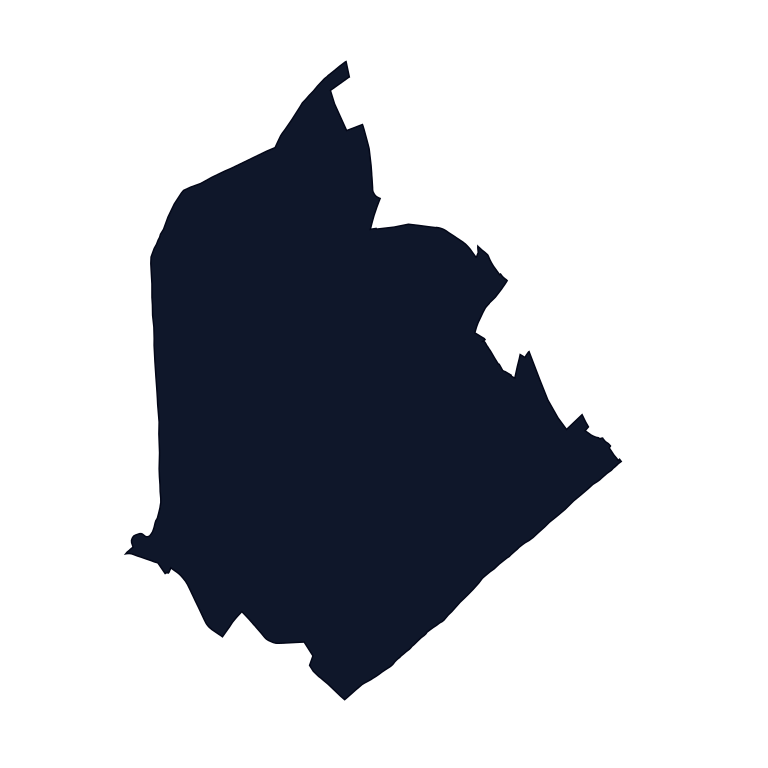 the district of Khan Yunis, Gaza Strip, Palestine, rotated 185°
{"feature_id": "87354302B21422506618890", "entity_name": "Khan Yunis", "entity_type": "district", "adm_level": 2, "iso_a3": "PSE", "parent_name": "Palestine", "parent_adm1": "Gaza Strip", "projection": "robinson", "projection_center": [34.31, 31.33], "detail": "fine", "context": "isolated", "style": "filled", "palette": "ink", "viewbox_px": 768, "rotation_deg": 185, "n_neighbors": 0, "source": "geoboundaries", "source_scale": "gbopen_adm2", "svg_char_len": 6099}
<svg xmlns="http://www.w3.org/2000/svg" viewBox="0 0 768 768"><g transform="rotate(185 384 384)"><path d="M449.9,701.9L450.6,701.5L455.6,697.0L462.1,690.6L466.6,686.4L467.4,685.3L469.9,683.0L476.2,675.0L479.9,669.6L483.6,665.1L486.9,660.5L489.7,657.1L491.8,652.8L498.9,639.2L502.0,633.7L504.6,629.1L507.2,624.9L508.6,622.2L510.6,616.9L513.1,610.0L521.2,605.7L532.1,599.2L555.4,585.3L561.2,582.2L573.5,574.9L584.2,567.7L593.7,563.3L600.5,559.4L602.4,556.7L608.6,545.1L613.7,531.6L617.1,518.9L619.7,513.7L620.3,510.6L621.5,507.8L622.8,503.3L624.7,499.1L625.9,494.7L627.1,490.2L626.8,483.8L625.0,470.9L623.9,463.5L622.7,450.0L621.6,442.7L620.5,432.3L618.2,420.6L616.9,409.1L616.4,402.5L614.1,386.0L611.8,371.1L609.7,358.0L608.5,350.0L607.7,344.1L605.8,332.9L604.7,326.4L603.9,314.6L601.6,296.0L600.6,279.9L599.6,271.9L598.4,264.4L597.6,257.3L596.4,250.5L596.0,246.4L596.2,244.2L596.4,241.0L597.2,235.7L598.1,230.5L599.4,227.9L599.9,225.6L600.5,221.3L601.1,218.7L601.7,216.5L602.8,214.4L604.1,212.3L605.4,211.5L606.8,211.1L608.3,211.3L611.7,213.5L613.0,213.8L614.5,213.6L618.3,211.9L620.0,210.8L620.8,209.6L621.4,208.3L621.9,206.2L621.6,204.0L620.1,200.5L619.8,199.6L622.2,197.3L623.3,196.0L625.2,194.2L626.5,192.3L625.8,192.5L624.7,192.7L623.2,192.9L621.8,192.9L620.6,192.8L620.1,192.7L618.9,192.4L616.5,191.7L614.3,191.1L611.1,190.4L605.7,189.0L602.8,188.3L600.4,187.7L597.7,186.9L596.9,186.7L594.7,186.3L593.6,186.0L586.0,176.7L585.5,176.1L583.6,177.4L582.6,176.8L582.1,177.3L581.8,177.8L581.7,178.0L580.3,182.3L579.9,182.0L576.6,180.0L574.3,178.7L572.1,177.3L570.8,176.3L569.9,175.6L567.5,173.3L565.4,171.1L564.7,170.4L563.5,168.8L563.1,168.2L562.5,167.5L560.8,164.7L558.4,160.7L557.8,159.6L555.2,155.2L553.3,151.9L549.1,144.9L542.6,133.7L540.5,130.3L539.9,129.5L539.4,128.9L537.9,127.3L536.8,126.3L535.6,125.5L534.1,124.4L526.6,120.2L524.7,119.2L522.9,118.1L519.6,123.8L516.7,128.7L514.7,132.5L513.9,133.9L513.4,134.6L511.5,137.4L510.2,139.2L508.9,140.9L507.1,143.2L505.8,144.9L501.8,141.4L497.9,137.9L495.0,135.1L494.3,134.6L493.7,134.0L493.8,133.9L492.3,132.5L492.2,132.6L490.3,130.6L484.8,125.3L481.0,121.4L479.8,120.3L479.4,120.0L478.7,119.5L477.7,119.0L476.8,118.5L472.7,117.1L471.7,116.8L470.5,116.6L469.9,116.5L469.2,116.4L467.9,116.4L466.7,116.5L461.8,117.1L456.1,117.9L448.3,119.0L441.0,120.0L440.9,119.8L431.1,107.0L433.6,97.2L429.4,91.7L423.5,86.9L421.2,85.5L418.9,83.8L414.1,80.5L413.3,79.9L399.7,69.0L396.8,66.9L395.7,66.1L394.6,67.2L388.4,73.7L386.0,76.3L381.9,80.4L379.8,82.6L377.4,84.4L374.6,86.2L371.4,88.3L369.3,90.0L367.5,91.3L366.2,92.3L363.8,94.3L360.8,97.0L357.2,99.9L354.7,101.8L352.8,103.3L350.9,105.3L349.9,106.8L349.2,108.0L347.5,110.1L346.1,111.6L344.6,112.9L343.3,114.6L341.0,116.8L338.7,119.2L335.6,122.0L334.3,123.6L333.3,125.1L331.4,127.0L328.0,131.0L324.8,134.6L322.1,137.0L320.5,138.8L319.5,140.6L316.4,143.4L313.9,145.6L310.6,148.2L307.8,150.8L305.5,152.3L303.8,153.9L299.8,159.6L296.7,163.1L289.3,173.1L284.9,178.1L281.1,182.6L277.4,187.1L272.3,193.9L269.1,199.0L267.2,201.0L262.1,206.1L258.1,209.5L253.6,214.6L246.3,221.5L244.3,223.0L242.7,225.0L239.0,228.9L237.0,230.9L235.1,233.2L232.0,236.1L229.7,238.1L225.7,240.9L223.8,242.6L222.1,244.1L217.7,249.0L211.5,255.6L207.3,260.6L201.0,266.6L192.7,274.9L185.0,284.0L177.5,291.4L171.4,297.6L167.2,302.2L162.5,305.8L160.8,307.3L159.1,309.2L154.1,314.4L149.9,318.0L148.3,320.1L146.5,321.8L143.5,325.2L140.9,327.5L142.8,329.6L144.0,328.3L146.1,330.6L148.5,333.0L149.2,333.8L150.5,335.5L152.9,338.5L154.1,340.0L153.7,340.7L153.1,341.6L153.0,341.8L153.0,342.1L153.2,342.3L153.4,342.4L153.5,342.5L154.7,343.6L155.0,343.9L155.4,344.2L158.1,345.7L158.6,346.0L159.5,347.0L160.7,348.1L161.5,349.2L162.4,349.0L163.0,348.8L163.5,348.6L163.7,348.4L164.0,348.1L164.8,348.5L165.3,349.0L165.5,349.1L166.0,349.2L168.1,349.4L168.8,349.6L171.0,350.3L173.2,351.2L179.6,355.0L178.4,356.6L176.6,359.1L179.8,363.7L184.0,370.7L198.2,354.6L207.7,365.4L219.4,382.4L229.3,402.1L241.9,428.0L242.3,428.9L242.8,428.5L244.9,424.9L245.8,422.7L250.9,425.2L251.4,421.1L252.7,413.0L254.2,401.3L258.4,403.0L258.0,403.8L264.4,406.9L265.3,407.1L265.7,407.2L266.6,407.6L266.9,407.7L268.2,409.6L269.2,411.1L271.0,413.7L271.3,413.8L271.6,413.7L271.8,413.8L272.6,414.8L275.9,419.2L277.8,421.9L280.4,425.6L281.4,426.9L282.3,427.9L283.1,429.0L283.6,429.7L284.3,430.5L285.1,431.4L285.8,432.6L287.0,434.2L287.5,434.7L287.8,434.9L288.2,435.1L288.6,435.2L289.2,435.1L288.9,435.4L287.2,437.0L288.1,438.0L291.6,439.7L298.0,442.9L297.4,445.9L297.0,448.0L296.5,450.1L295.9,452.2L295.6,453.3L295.2,454.4L293.7,458.4L291.7,463.9L290.0,467.9L289.8,468.4L289.2,469.4L288.5,470.4L287.4,471.9L286.2,473.4L286.2,473.8L281.6,479.1L280.6,480.3L279.9,481.4L275.3,488.6L273.9,491.1L272.1,494.2L270.3,497.7L271.3,498.6L271.9,498.9L272.2,499.1L272.6,499.1L272.7,499.4L273.6,500.0L274.1,500.4L274.3,500.5L274.5,500.6L275.1,501.2L275.9,501.9L277.5,503.7L278.3,502.9L285.3,511.0L287.6,514.2L288.1,515.0L289.3,516.9L290.5,519.1L291.1,520.3L292.0,521.7L295.2,524.1L298.0,525.9L300.8,528.1L302.2,529.1L302.5,529.4L302.5,528.7L302.4,527.8L302.1,526.0L301.7,523.9L301.6,523.6L301.6,523.0L301.8,522.4L302.1,521.5L302.8,518.9L302.9,518.6L303.1,518.4L303.4,518.2L308.2,523.8L309.8,525.7L310.7,526.6L312.5,528.3L314.1,529.7L315.2,530.6L316.8,531.6L317.8,532.3L325.2,536.3L325.8,536.7L326.0,536.8L328.4,538.1L332.8,540.4L335.3,541.9L336.3,542.4L338.1,543.2L339.7,543.7L341.4,544.1L343.2,544.4L344.9,544.5L345.5,544.5L345.6,544.3L346.2,544.3L352.3,544.5L363.4,545.0L370.2,545.2L373.6,545.3L382.1,542.8L382.5,542.7L387.5,541.2L405.1,537.6L405.4,538.3L409.1,537.4L410.4,537.0L411.1,536.8L409.9,544.2L408.6,551.2L407.2,556.9L406.5,559.8L404.9,565.5L404.0,568.5L405.3,568.9L406.5,569.4L407.8,570.0L408.6,570.6L409.1,571.0L410.1,572.1L410.7,573.0L411.3,573.9L411.8,574.8L412.1,575.8L412.3,576.8L412.5,578.7L414.0,588.6L414.4,590.8L414.7,593.1L415.5,598.0L416.0,600.9L419.1,616.0L419.5,617.6L420.6,620.8L422.5,626.1L426.0,635.6L427.6,639.6L428.1,640.6L443.3,633.2L457.7,658.8L463.0,671.8L445.6,686.7L445.3,686.8L445.6,687.8L449.9,701.9Z" fill="#0f172a" stroke="#020617" stroke-width="1.5"/></g></svg>